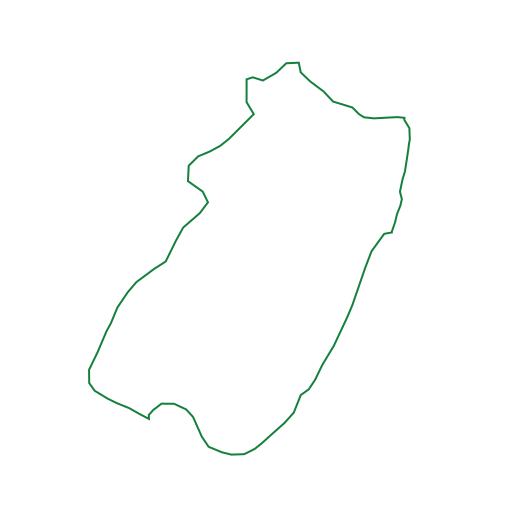 outline of Goychay District, Göyçay, Azerbaijan, rotated 109°
{"feature_id": "54616110B88730523237575", "entity_name": "Goychay District", "entity_type": "district", "adm_level": 2, "iso_a3": "AZE", "parent_name": "Azerbaijan", "parent_adm1": "Göyçay", "projection": "mercator", "projection_center": [47.853, 40.574], "detail": "fine", "context": "isolated", "style": "outline", "palette": "green", "viewbox_px": 512, "rotation_deg": 109, "n_neighbors": 0, "source": "geoboundaries", "source_scale": "gbopen_adm2", "svg_char_len": 1225}
<svg xmlns="http://www.w3.org/2000/svg" viewBox="0 0 512 512"><g transform="rotate(109 256 256)"><path d="M77.0,160.6L78.7,167.7L87.5,189.4L89.7,199.1L88.4,204.6L84.2,213.3L84.9,233.4L78.4,245.7L73.3,261.6L67.8,273.5L59.3,278.5L63.9,290.1L76.2,296.5L87.8,306.6L88.1,317.2L92.0,322.4L113.6,315.0L122.6,304.3L154.2,319.8L163.5,325.7L172.2,333.7L180.6,343.1L192.5,349.0L207.4,344.7L212.5,327.3L220.9,318.9L233.8,323.1L252.8,334.1L267.7,336.7L290.6,339.6L301.2,348.0L319.6,360.6L332.1,365.5L349.9,370.3L366.6,371.3L376.3,372.9L398.9,374.5L401.4,374.8L417.9,376.8L430.5,372.3L436.0,364.5L439.2,349.6L440.5,339.2L441.1,326.6L443.4,314.0L444.9,304.2L441.2,305.6L435.2,303.1L426.4,297.3L422.4,285.3L423.8,272.1L428.6,263.2L435.8,256.5L444.4,248.5L451.8,238.7L452.7,224.4L451.8,214.6L447.2,202.6L438.7,194.3L430.9,189.4L418.9,182.8L404.6,174.7L391.8,169.3L372.9,168.4L364.9,162.7L353.7,159.8L337.1,157.8L315.7,153.2L284.2,149.8L270.8,148.9L251.3,148.9L231.6,148.9L213.9,148.3L193.3,142.0L189.5,135.2L188.6,135.5L178.8,135.5L170.6,136.3L161.1,135.9L154.7,136.6L148.4,140.8L136.0,142.4L127.7,142.7L117.5,144.5L107.2,146.4L99.4,148.0L95.8,148.5L85.2,152.6L78.9,160.2L77.0,160.6Z" fill="none" stroke="#15803d" stroke-width="2"/></g></svg>